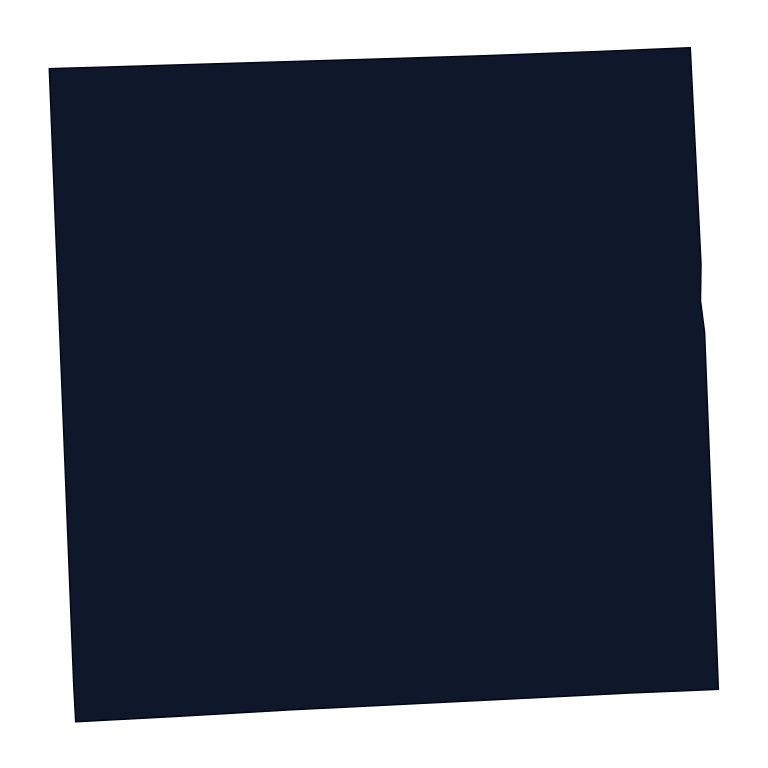 Marshall, Indiana, United States of America (orthographic projection), rotated 88°
{"feature_id": "52423323B84214728931657", "entity_name": "Marshall", "entity_type": "district", "adm_level": 2, "iso_a3": "USA", "parent_name": "United States of America", "parent_adm1": "Indiana", "projection": "orthographic", "projection_center": [-86.259, 41.325], "detail": "fine", "context": "isolated", "style": "filled", "palette": "ink", "viewbox_px": 768, "rotation_deg": 88, "n_neighbors": 0, "source": "geoboundaries", "source_scale": "gbopen_adm2", "svg_char_len": 351}
<svg xmlns="http://www.w3.org/2000/svg" viewBox="0 0 768 768"><g transform="rotate(88 384 384)"><path d="M701.4,151.6L700.8,60.5L343.6,61.8L311.6,64.8L274.9,63.0L58.6,66.2L59.2,157.6L59.4,279.9L58.7,432.5L58.2,524.2L57.2,707.5L673.6,704.6L710.8,703.9L708.8,595.1L706.4,491.1L701.4,151.6Z" fill="#0f172a" stroke="#020617" stroke-width="1.5"/></g></svg>